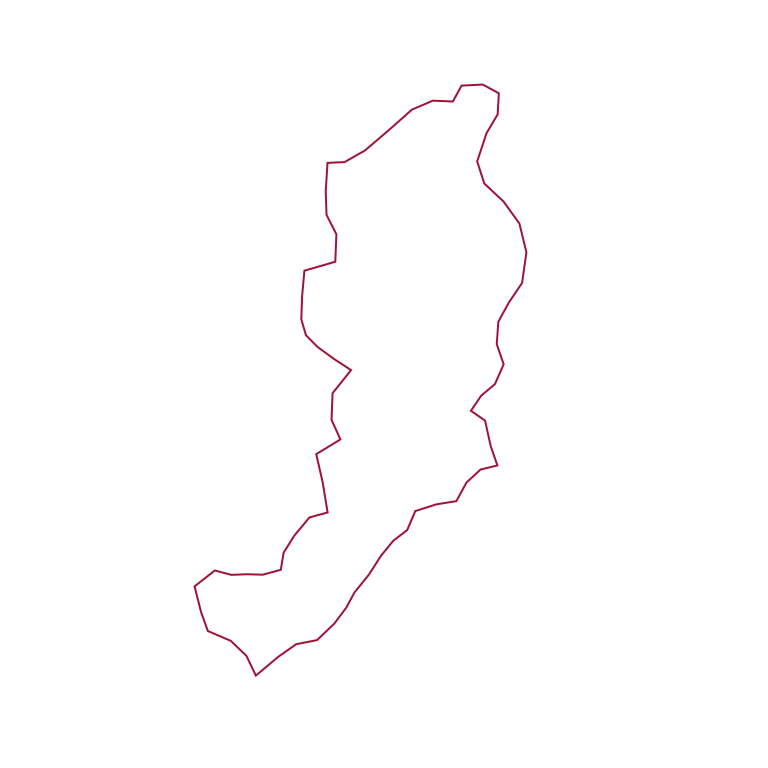 the district of Ferraz de Vasconcelos, São Paulo, Brazil, rotated 15°
{"feature_id": "56859067B93049901488848", "entity_name": "Ferraz de Vasconcelos", "entity_type": "district", "adm_level": 2, "iso_a3": "BRA", "parent_name": "Brazil", "parent_adm1": "São Paulo", "projection": "orthographic", "projection_center": [-46.375, -23.565], "detail": "fine", "context": "isolated", "style": "outline", "palette": "rose", "viewbox_px": 768, "rotation_deg": 15, "n_neighbors": 0, "source": "geoboundaries", "source_scale": "gbopen_adm2", "svg_char_len": 1058}
<svg xmlns="http://www.w3.org/2000/svg" viewBox="0 0 768 768"><g transform="rotate(15 384 384)"><path d="M419.7,73.5L401.9,69.2L381.7,75.7L377.4,93.3L357.8,97.7L340.0,111.7L322.8,137.7L305.2,163.3L288.4,179.9L272.2,185.0L277.8,212.8L284.7,235.5L299.3,251.8L305.3,278.5L277.8,295.1L282.1,320.0L287.4,343.0L296.0,357.1L310.2,365.4L328.7,372.6L348.6,379.1L336.7,406.2L342.6,432.2L356.2,448.8L336.7,469.3L350.3,495.0L362.8,522.7L346.6,532.1L336.7,553.4L330.7,572.9L332.4,590.2L316.2,599.6L301.0,603.2L285.8,607.9L268.9,607.9L253.4,628.5L266.3,651.6L277.8,668.2L302.6,671.8L321.5,682.2L335.7,698.8L352.6,674.7L366.5,658.1L385.6,648.7L397.9,628.5L405.5,609.7L409.4,593.1L418.7,572.2L425.6,550.5L433.6,532.9L444.2,519.1L447.1,498.6L465.7,486.7L484.2,478.4L489.2,457.8L499.4,441.6L514.6,433.3L503.1,416.3L491.1,393.2L474.9,387.4L480.9,370.1L491.2,355.3L494.5,334.0L482.6,316.3L478.3,294.3L483.6,272.7L491.2,250.7L487.5,220.0L473.3,194.0L452.1,176.7L429.0,164.4L416.4,144.9L418.1,115.3L424.0,94.1L419.7,73.5Z" fill="none" stroke="#9f1239" stroke-width="2"/></g></svg>